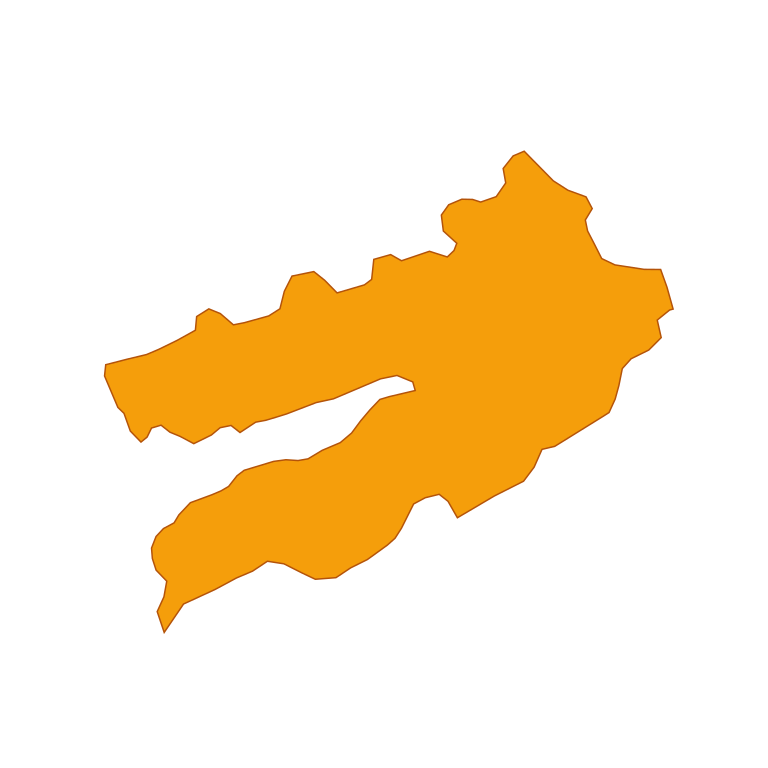 Gangjin-gun, South Jeolla, South Korea, rotated 67°
{"feature_id": "91817680B37660936440541", "entity_name": "Gangjin-gun", "entity_type": "district", "adm_level": 2, "iso_a3": "KOR", "parent_name": "South Korea", "parent_adm1": "South Jeolla", "projection": "robinson", "projection_center": [126.77, 34.612], "detail": "fine", "context": "isolated", "style": "filled", "palette": "amber", "viewbox_px": 768, "rotation_deg": 67, "n_neighbors": 0, "source": "geoboundaries", "source_scale": "gbopen_adm2", "svg_char_len": 1892}
<svg xmlns="http://www.w3.org/2000/svg" viewBox="0 0 768 768"><g transform="rotate(67 384 384)"><path d="M428.0,88.6L405.5,85.7L386.7,84.6L380.1,99.8L364.6,124.9L353.6,134.6L337.0,135.7L322.7,136.8L311.7,134.6L303.9,123.8L290.7,124.9L277.5,139.0L263.1,148.8L235.5,159.7L224.5,164.0L224.5,176.0L232.2,190.1L246.5,193.4L255.4,207.5L254.3,223.9L248.7,230.4L244.3,240.2L244.3,253.1L244.3,254.4L250.9,265.2L266.4,269.6L282.9,262.0L288.5,267.4L291.8,276.1L279.6,290.3L277.4,319.7L267.5,327.3L265.3,344.7L282.9,354.5L285.1,363.3L281.8,391.6L265.3,398.1L253.1,404.7L248.7,426.5L259.7,439.5L274.1,450.4L276.3,463.5L273.0,488.6L270.7,499.5L255.3,507.1L246.4,515.9L248.7,530.1L260.8,536.6L263.0,557.3L264.1,578.1L264.1,591.1L260.8,610.8L257.5,632.6L267.4,638.1L301.6,638.1L309.4,634.8L328.2,635.9L342.5,630.4L340.3,622.8L333.7,615.2L334.8,605.3L344.7,599.9L352.5,592.2L364.6,582.4L363.5,562.8L360.2,551.9L362.4,541.0L372.4,535.5L369.0,517.0L371.2,507.1L372.4,496.2L373.5,485.3L374.6,453.7L377.9,436.3L377.9,421.0L377.9,404.7L377.9,391.6L377.9,385.1L381.2,368.7L393.3,356.7L402.2,357.8L397.7,384.0L396.6,393.8L402.2,406.8L408.8,419.9L416.5,433.0L420.9,447.2L420.9,466.8L423.2,483.2L420.9,493.0L415.4,503.9L412.1,515.9L408.8,546.4L411.0,555.1L417.6,567.1L418.7,575.9L418.7,585.7L417.6,608.6L424.3,623.9L429.8,631.5L430.9,643.5L435.3,653.4L444.2,662.1L454.1,665.4L466.3,666.5L480.6,661.0L493.9,669.7L504.9,681.7L526.8,683.4L508.2,654.5L507.1,619.5L504.9,595.5L504.9,578.1L501.6,560.6L510.4,546.4L525.9,533.3L536.9,523.5L543.5,503.9L540.2,486.4L539.1,467.9L533.6,443.9L530.3,434.1L523.6,424.3L506.0,403.6L504.8,390.5L507.1,376.3L517.0,370.9L535.8,368.7L530.2,326.2L528.0,293.5L519.2,278.3L505.9,264.1L508.1,251.1L499.3,194.5L498.2,188.0L488.2,177.1L477.2,168.4L462.9,158.6L457.3,146.6L456.2,127.0L449.6,110.7L431.9,107.5L427.5,92.2L428.0,88.6Z" fill="#f59e0b" stroke="#b45309" stroke-width="1.5"/></g></svg>